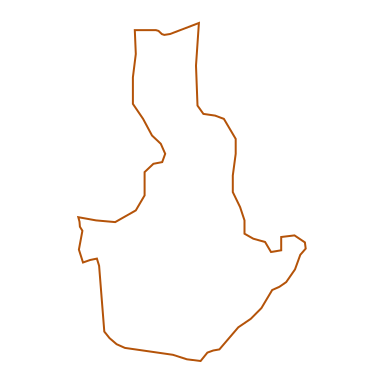 Masindi, Robinson projection
{"feature_id": "UGA-3102", "entity_name": "Masindi", "entity_type": "District", "adm_level": 1, "iso_a3": "UGA", "parent_name": "Uganda", "parent_adm1": "", "projection": "robinson", "projection_center": [31.719, 1.811], "detail": "fine", "context": "isolated", "style": "outline", "palette": "amber", "viewbox_px": 384, "rotation_deg": 0, "n_neighbors": 0, "source": "natural_earth", "source_scale": "10m", "svg_char_len": 959}
<svg xmlns="http://www.w3.org/2000/svg" viewBox="0 0 384 384"><path d="M305.7,248.6L300.3,254.8L295.0,269.4L286.2,282.1L279.4,286.8L272.2,290.0L261.4,308.1L250.8,318.8L238.3,327.3L219.4,349.4L213.2,350.5L207.4,352.6L200.6,361.0L186.9,359.3L172.9,354.8L124.9,347.9L116.6,344.2L109.6,338.2L104.3,331.6L102.9,313.8L99.1,265.8L96.9,258.6L90.1,260.0L83.0,262.5L78.9,249.6L82.4,230.8L79.9,226.7L79.5,221.7L78.3,217.2L96.1,220.4L115.2,222.1L135.8,210.4L144.6,195.4L144.6,172.1L153.4,163.8L162.2,162.1L165.2,153.8L160.8,143.8L152.0,135.5L143.1,118.9L132.9,103.9L132.9,77.3L135.8,54.0L134.8,30.1L155.8,30.1L158.5,30.9L161.9,34.1L164.3,34.9L170.1,34.0L198.9,23.0L196.0,65.6L197.5,105.6L203.4,113.9L215.1,115.6L223.9,118.9L229.8,128.9L235.7,138.9L235.7,153.8L232.8,175.5L232.8,192.1L240.1,207.1L244.5,220.4L244.5,233.7L253.3,238.7L265.1,242.0L271.0,252.0L281.2,250.3L281.2,237.0L294.5,235.4L304.9,242.4L305.7,248.6Z" fill="none" stroke="#b45309" stroke-width="2"/></svg>